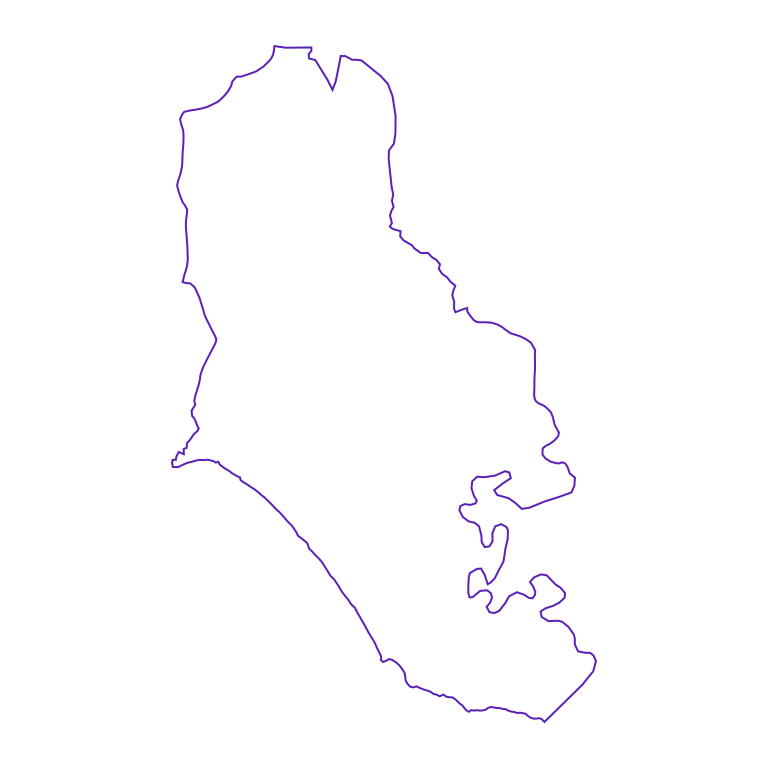 Damnak Chang'aeur, Kep, Cambodia (orthographic projection)
{"feature_id": "14789045B40625138600094", "entity_name": "Damnak Chang'aeur", "entity_type": "district", "adm_level": 2, "iso_a3": "KHM", "parent_name": "Cambodia", "parent_adm1": "Kep", "projection": "orthographic", "projection_center": [104.383, 10.512], "detail": "fine", "context": "isolated", "style": "outline", "palette": "violet", "viewbox_px": 768, "rotation_deg": 0, "n_neighbors": 0, "source": "geoboundaries", "source_scale": "gbopen_adm2", "svg_char_len": 5589}
<svg xmlns="http://www.w3.org/2000/svg" viewBox="0 0 768 768"><path d="M274.4,46.1L274.3,46.3L273.9,50.9L272.9,55.0L271.2,58.5L268.5,61.7L263.4,66.6L256.0,71.5L247.4,74.6L240.8,76.7L236.6,76.7L232.3,81.5L231.2,85.8L228.0,91.3L224.1,96.0L219.7,100.3L216.7,102.4L213.0,104.2L207.1,107.0L203.7,107.9L200.3,108.8L195.0,109.8L190.4,110.4L184.3,111.8L182.4,114.1L180.1,119.0L181.1,123.9L182.1,126.9L183.1,130.3L183.5,134.1L183.5,139.2L183.3,144.8L182.7,151.7L182.5,156.3L182.4,160.4L182.1,165.9L180.6,173.3L179.4,177.0L177.9,181.6L177.1,185.4L178.3,190.2L179.5,194.0L181.1,198.4L182.7,202.3L184.7,205.0L187.2,209.4L186.9,213.6L185.9,221.5L185.9,226.4L186.3,232.5L187.0,241.3L187.4,248.2L187.6,253.7L187.8,259.0L187.2,265.1L186.0,269.9L184.4,274.8L183.6,278.2L182.6,282.0L185.6,283.0L190.3,283.4L194.8,287.5L196.9,292.1L199.4,297.5L201.1,303.1L202.9,308.8L204.7,315.2L206.7,319.6L208.7,323.5L211.2,328.7L214.4,334.8L216.3,338.9L215.9,341.7L214.6,344.9L211.0,351.6L208.9,355.8L206.7,360.0L203.5,366.4L202.0,370.2L200.4,375.1L199.8,380.1L198.7,384.8L197.1,390.1L195.6,394.5L194.3,400.6L195.2,405.0L193.1,408.2L191.6,410.7L192.1,415.8L194.2,418.2L195.8,421.8L197.2,425.7L198.7,428.3L197.4,431.2L194.2,433.7L191.2,438.1L189.5,440.4L187.1,442.9L186.7,447.7L183.7,449.0L183.8,454.2L178.8,452.0L176.4,456.4L175.9,459.8L172.6,459.8L172.0,463.2L172.9,467.0L177.8,467.1L180.3,466.1L183.0,464.7L186.0,463.4L188.7,462.5L191.5,461.9L195.5,460.7L198.5,460.0L201.6,460.0L204.6,460.1L207.9,459.7L210.6,460.4L213.2,461.0L215.7,462.6L218.3,461.8L219.6,464.4L222.3,466.6L224.7,468.3L227.0,469.7L229.5,471.1L231.5,472.9L234.4,474.6L236.8,476.0L240.0,477.4L240.6,480.1L243.3,482.1L247.7,484.8L250.6,486.9L254.2,489.1L257.7,491.8L261.9,495.5L264.1,497.1L266.1,499.0L268.8,501.6L271.9,504.7L274.9,507.9L277.1,510.2L279.6,512.3L283.6,516.7L285.6,519.1L287.4,521.2L290.1,523.9L292.0,525.8L294.7,529.8L296.2,532.0L298.0,535.7L300.8,537.9L305.5,541.5L307.4,543.4L309.1,548.7L312.2,551.5L314.6,554.3L317.7,557.4L321.2,561.2L322.9,563.6L325.5,567.8L327.5,570.8L329.5,574.4L331.1,576.5L334.2,579.3L335.9,582.1L337.9,584.9L339.9,588.3L341.3,590.8L343.3,593.6L348.2,599.7L350.4,603.1L352.4,605.6L354.7,607.5L356.9,611.7L364.8,625.6L368.8,632.9L371.7,637.7L373.7,640.9L375.0,643.3L377.3,648.7L378.7,651.3L380.0,654.0L381.3,657.0L380.8,659.9L383.1,662.0L386.5,660.6L389.0,659.1L392.2,659.9L396.1,662.4L399.6,665.6L403.2,670.5L404.7,673.2L405.2,676.6L405.7,680.7L407.6,684.0L410.4,686.8L413.3,687.4L416.6,686.4L420.1,688.1L425.3,690.1L428.8,691.0L431.2,692.2L433.4,693.9L436.7,694.7L439.5,696.2L443.7,694.7L446.2,696.6L448.8,697.2L452.6,697.4L455.5,699.5L457.9,701.7L459.9,703.7L462.2,705.2L464.0,707.6L466.3,710.3L468.9,711.8L471.3,710.1L474.1,710.6L477.2,710.2L480.3,710.7L482.9,710.3L485.8,709.7L487.9,708.0L490.7,707.0L493.4,707.4L496.3,707.9L499.4,708.0L503.1,709.0L505.9,709.2L508.4,710.7L511.3,711.6L514.4,712.1L517.1,713.0L520.3,712.7L522.9,713.2L525.5,713.7L527.8,715.9L530.2,717.5L532.9,718.5L536.0,718.7L538.6,718.2L541.3,718.8L544.5,721.9L582.6,684.5L588.0,677.6L593.2,671.4L596.0,661.1L593.4,655.3L590.1,652.9L584.8,652.7L578.1,651.4L574.8,644.4L574.8,638.5L573.9,634.6L568.6,627.0L562.3,621.9L558.3,620.7L548.4,621.1L541.7,617.0L540.5,611.6L545.3,608.4L553.4,605.7L559.3,602.6L564.6,597.8L565.0,593.0L560.7,587.9L555.4,584.3L546.8,575.4L541.2,574.4L534.3,577.2L530.0,581.9L533.1,586.5L535.3,591.7L535.0,594.9L532.5,598.3L528.9,597.9L524.2,594.8L516.9,592.2L509.1,596.3L505.4,602.9L499.3,610.8L494.6,613.0L489.6,612.3L486.6,606.8L490.1,602.7L492.0,597.8L491.0,593.4L487.3,590.3L480.1,590.9L472.6,597.2L469.5,597.4L468.3,592.9L468.3,586.0L468.8,577.0L470.0,573.0L477.0,568.9L481.1,568.6L484.8,575.1L487.7,584.2L490.2,582.9L494.7,578.4L498.7,570.4L503.5,561.5L505.4,549.0L507.7,538.9L508.0,530.4L506.6,527.1L501.2,524.2L495.3,526.3L492.4,533.2L492.5,541.4L489.4,546.4L484.7,547.1L481.7,542.0L481.4,535.5L479.1,526.4L474.8,522.8L468.7,521.4L462.7,516.9L459.4,510.2L460.3,506.1L464.7,504.1L470.2,504.9L475.3,503.5L476.8,500.9L473.8,495.4L471.5,488.2L472.2,481.4L474.2,479.5L477.1,476.7L483.7,477.2L494.9,475.7L505.1,471.2L509.3,472.5L510.8,478.2L502.7,483.5L494.2,490.1L497.2,495.0L508.6,498.2L515.0,502.6L521.8,508.9L529.4,507.7L545.1,501.3L560.6,496.4L571.5,492.4L574.4,485.6L574.9,477.6L569.8,473.5L567.9,467.9L566.7,465.5L564.9,463.2L562.2,462.3L559.6,463.3L556.8,463.3L553.3,462.4L550.6,461.7L545.2,458.2L542.4,454.3L542.7,448.3L546.6,445.3L549.2,444.2L551.5,442.7L554.3,440.5L558.2,436.3L558.9,432.6L555.9,427.1L554.6,424.7L553.5,419.9L552.8,417.0L551.0,412.4L546.7,407.9L543.7,405.6L538.7,403.4L535.8,401.1L534.4,397.7L534.1,394.2L534.4,388.3L534.4,379.9L534.7,373.9L535.0,369.3L535.0,363.5L534.9,354.6L535.1,350.0L530.9,342.6L526.3,339.4L520.2,336.3L510.6,333.3L506.3,330.3L501.8,326.9L497.4,324.5L493.9,323.4L490.9,322.6L484.3,322.2L480.2,322.3L476.9,322.1L473.8,320.1L470.5,316.1L467.4,311.8L467.0,308.0L461.8,309.7L457.0,311.6L455.3,312.2L454.0,308.3L454.2,301.7L452.3,295.5L453.0,291.8L455.3,285.6L450.7,282.0L447.0,277.3L442.0,273.7L438.9,269.0L439.9,264.2L436.2,259.7L432.2,257.4L427.9,252.9L421.0,253.1L414.3,248.4L412.0,245.3L403.7,240.5L400.2,236.3L400.6,231.2L393.7,229.3L392.1,228.5L389.8,226.6L391.9,223.0L390.0,215.6L391.3,211.2L393.6,206.9L391.9,200.9L393.2,194.5L391.6,186.8L388.7,159.1L388.9,150.5L393.9,143.7L395.4,133.7L395.6,115.9L392.5,96.1L387.9,83.9L380.9,76.2L361.5,60.4L356.7,59.8L352.2,59.8L345.3,56.1L340.7,56.0L339.5,62.7L335.7,81.5L332.5,89.9L327.5,79.8L315.3,60.1L309.1,58.5L308.7,54.1L311.4,50.8L311.4,47.5L285.6,47.7L274.4,46.1Z" fill="none" stroke="#5b21b6" stroke-width="2"/></svg>